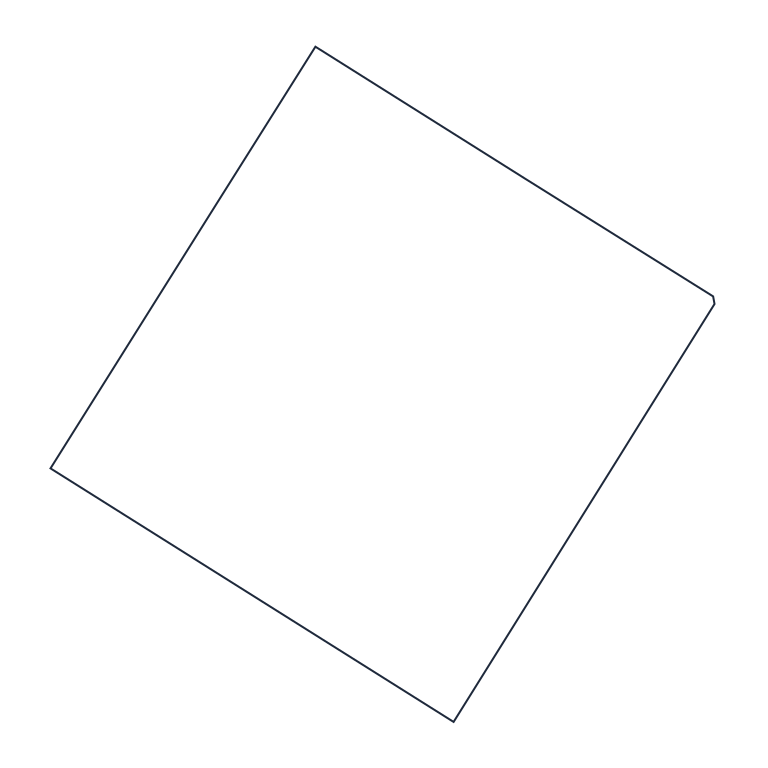 the district of Hall, Nebraska, United States of America, rotated 32°
{"feature_id": "52423323B95239642350933", "entity_name": "Hall", "entity_type": "district", "adm_level": 2, "iso_a3": "USA", "parent_name": "United States of America", "parent_adm1": "Nebraska", "projection": "albers", "projection_center": [-98.41, 40.872], "detail": "fine", "context": "isolated", "style": "outline", "palette": "slate", "viewbox_px": 768, "rotation_deg": 32, "n_neighbors": 0, "source": "geoboundaries", "source_scale": "gbopen_adm2", "svg_char_len": 309}
<svg xmlns="http://www.w3.org/2000/svg" viewBox="0 0 768 768"><g transform="rotate(32 384 384)"><path d="M622.0,389.7L622.0,382.7L622.0,322.2L621.9,280.7L621.9,141.0L616.7,135.3L394.6,135.1L147.1,134.3L146.5,320.2L145.9,632.3L622.1,633.7L622.0,389.7Z" fill="none" stroke="#1e293b" stroke-width="2"/></g></svg>